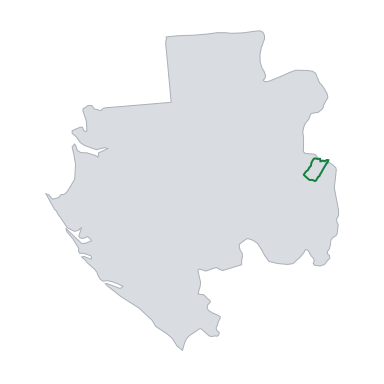 location of Bayi-Brikolo, Haut-Ogooué, Gabon, rotated 355°
{"feature_id": "22940354B11019670045233", "entity_name": "Bayi-Brikolo", "entity_type": "district", "adm_level": 2, "iso_a3": "GAB", "parent_name": "Gabon", "parent_adm1": "Haut-Ogooué", "projection": "mercator", "projection_center": [14.109, -0.581], "detail": "fine", "context": "in_parent", "style": "outline", "palette": "green", "viewbox_px": 384, "rotation_deg": 355, "n_neighbors": 0, "source": "geoboundaries", "source_scale": "gbopen_adm2", "svg_char_len": 4180}
<svg xmlns="http://www.w3.org/2000/svg" viewBox="0 0 384 384"><g transform="rotate(355 192 192)"><path d="M277.8,42.2L277.6,45.8L273.6,54.4L271.7,61.1L271.2,68.1L272.3,73.8L274.2,77.9L275.5,82.3L274.5,85.4L272.6,86.7L273.9,88.3L276.8,88.7L281.8,87.3L289.4,85.0L299.4,81.5L305.9,79.7L316.8,80.9L322.5,82.2L325.5,84.6L328.7,94.7L330.3,96.3L332.9,100.6L335.1,105.8L335.6,108.4L335.3,110.3L333.1,113.1L330.6,117.3L329.8,119.8L327.7,121.6L325.1,123.5L317.8,124.2L316.7,125.3L314.7,129.7L310.9,133.4L309.1,136.9L307.6,141.6L307.9,147.5L307.1,155.8L306.4,161.5L308.3,163.5L316.9,164.9L318.6,166.0L320.9,169.5L323.8,172.8L331.8,174.9L334.8,177.4L337.3,180.2L337.7,182.4L335.9,191.5L334.1,200.3L334.8,206.9L335.4,213.3L336.4,222.5L336.0,228.2L333.7,231.6L333.7,234.3L334.8,237.6L332.8,246.6L331.5,248.1L328.0,249.8L326.1,252.2L325.5,256.0L323.6,261.2L321.6,263.1L321.6,265.5L323.5,267.3L323.5,270.0L320.0,273.2L317.8,275.7L313.1,276.9L307.7,275.6L306.5,273.8L307.8,271.0L307.3,268.8L305.4,266.4L302.5,260.4L300.0,259.1L298.6,261.6L294.2,266.2L286.4,272.1L281.0,272.5L271.0,270.7L262.6,267.9L258.6,261.0L256.2,255.3L252.6,248.7L248.6,245.5L244.3,243.5L242.3,243.4L236.2,247.1L234.4,248.5L234.4,251.6L235.0,254.5L235.9,255.9L236.7,257.8L236.6,260.6L235.5,264.5L235.1,268.8L215.8,272.9L212.5,271.4L210.1,269.5L207.2,269.8L198.8,272.0L195.7,270.5L192.7,269.4L191.3,270.3L191.2,272.1L192.6,282.2L192.1,286.0L190.2,290.9L189.3,294.3L194.4,295.3L196.2,296.9L198.0,299.4L200.5,301.7L200.7,303.1L197.9,305.8L196.9,309.0L198.2,311.5L201.7,314.1L206.8,316.9L209.3,318.7L209.0,320.3L206.7,323.8L205.8,326.7L204.2,329.4L204.5,331.9L206.8,334.2L206.5,336.2L205.0,337.8L201.8,337.4L199.1,337.7L196.7,337.0L189.2,329.1L187.6,328.9L176.7,335.0L174.0,337.5L171.7,341.1L168.7,348.9L163.8,344.3L159.5,336.0L154.5,330.9L144.0,322.7L141.3,316.6L129.3,303.2L112.0,289.9L99.6,278.3L97.7,275.7L99.8,276.0L111.8,281.8L113.5,281.2L114.9,279.9L109.7,276.8L104.7,274.4L100.1,273.0L95.4,273.1L92.8,270.6L91.1,266.9L90.3,263.7L88.2,260.4L81.6,253.5L80.0,250.8L76.4,247.2L78.6,246.7L85.7,250.2L86.3,248.8L85.7,246.8L78.6,243.5L74.7,243.3L73.8,241.0L74.3,238.3L69.3,228.3L64.0,220.8L63.1,217.2L77.4,233.5L79.3,233.8L81.8,233.7L87.7,231.8L86.6,229.7L83.9,227.3L81.3,228.4L78.0,228.6L76.2,227.7L75.4,226.0L78.8,218.1L77.3,218.5L76.3,219.9L74.4,220.5L71.6,221.0L64.6,216.7L58.4,205.3L56.7,202.9L55.1,199.0L53.5,197.3L46.3,181.0L49.1,182.3L52.3,187.0L58.6,186.0L61.1,183.2L63.2,183.4L65.4,182.7L68.2,180.2L76.3,169.0L78.4,154.2L77.7,145.4L76.5,136.7L79.2,133.9L80.3,135.8L80.8,138.8L82.0,141.1L84.9,143.2L90.3,143.7L98.5,147.0L101.5,149.0L102.3,144.9L111.8,141.4L108.9,140.2L100.5,141.5L88.9,136.3L85.0,133.0L81.4,126.7L77.7,123.4L78.0,120.4L86.3,117.7L88.5,118.0L89.4,121.3L91.6,122.6L92.5,122.2L92.8,119.4L92.9,111.9L90.3,101.3L91.1,99.2L93.4,98.5L95.4,97.1L96.8,96.8L99.7,97.1L101.1,99.5L101.9,100.9L104.7,101.5L107.0,102.8L109.0,102.5L110.7,100.9L113.2,100.6L120.8,100.6L127.6,100.7L141.3,100.7L155.0,100.8L168.7,100.8L179.1,100.8L179.0,94.7L179.0,85.3L178.9,74.2L178.9,63.5L178.8,53.6L178.7,41.9L179.3,38.6L180.0,37.2L179.7,35.3L190.3,35.1L209.5,36.0L217.9,35.9L220.3,36.0L230.8,35.5L239.3,36.2L242.9,37.0L246.1,37.4L256.3,37.9L269.6,37.3L274.1,37.4L276.6,39.1L277.8,42.2Z" fill="#d9dde1" stroke="#a8b0b8" stroke-width="1"/><path d="M330.6,172.2L330.3,172.1L329.6,171.9L328.9,171.9L328.4,172.2L327.8,172.6L327.3,172.7L326.7,172.6L326.0,172.4L325.7,172.3L324.9,172.2L324.4,172.2L323.8,172.4L323.2,172.7L322.6,172.6L322.6,171.4L322.6,170.5L322.5,170.1L320.5,170.0L319.7,169.9L318.8,169.7L318.2,169.3L317.1,169.3L316.4,169.4L315.9,169.9L315.1,170.9L314.3,172.1L313.7,172.9L313.4,173.9L313.1,174.8L312.8,176.2L312.2,176.8L311.7,177.2L311.1,177.7L309.4,180.3L308.6,180.8L308.1,181.0L307.4,181.5L305.4,183.8L304.9,184.5L305.0,184.8L305.5,185.4L309.8,190.0L310.7,190.3L312.0,190.4L312.7,190.5L313.4,190.7L314.3,191.1L314.9,191.5L315.4,191.8L316.1,191.6L317.0,190.9L317.6,189.8L318.4,188.8L319.2,187.7L319.7,187.6L320.2,187.4L320.9,186.2L321.2,185.5L321.6,185.0L322.5,184.0L322.9,183.2L325.0,180.1L327.5,176.7L328.3,175.5L328.9,175.0L329.5,174.4L330.1,173.3L330.6,172.2Z" fill="none" stroke="#15803d" stroke-width="2"/></g></svg>